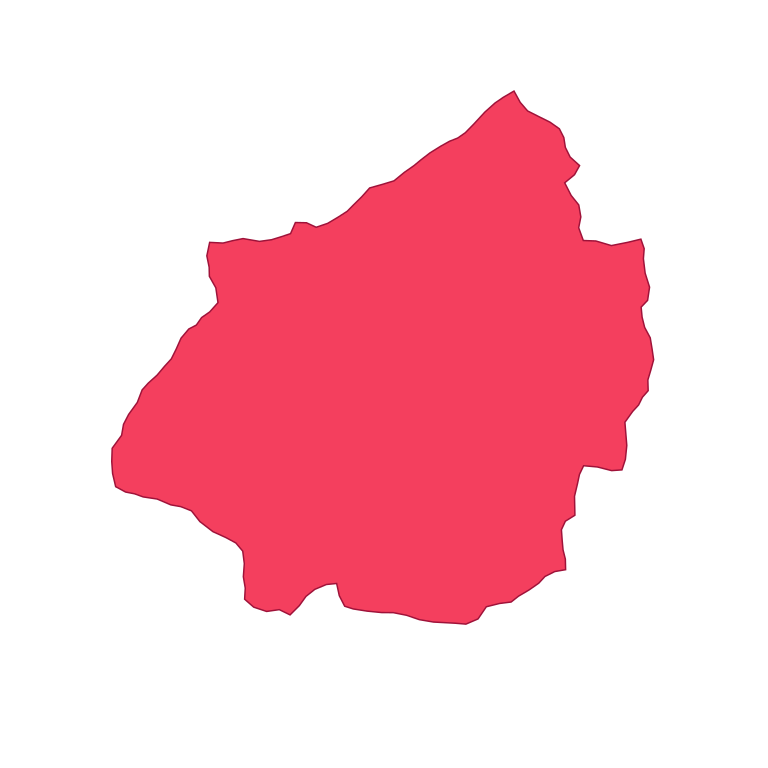 Pedralva, Minas Gerais, Brazil, rotated 346°
{"feature_id": "56859067B80700931197230", "entity_name": "Pedralva", "entity_type": "district", "adm_level": 2, "iso_a3": "BRA", "parent_name": "Brazil", "parent_adm1": "Minas Gerais", "projection": "mercator", "projection_center": [-45.453, -22.248], "detail": "fine", "context": "isolated", "style": "filled", "palette": "rose", "viewbox_px": 768, "rotation_deg": 346, "n_neighbors": 0, "source": "geoboundaries", "source_scale": "gbopen_adm2", "svg_char_len": 2053}
<svg xmlns="http://www.w3.org/2000/svg" viewBox="0 0 768 768"><g transform="rotate(346 384 384)"><path d="M249.1,204.4L243.1,216.8L242.6,228.4L240.6,237.3L244.1,250.0L242.6,264.9L232.3,271.9L223.1,275.4L216.2,281.4L207.9,283.4L198.2,290.4L190.7,300.0L183.7,308.2L175.4,313.7L166.0,320.5L155.5,326.1L147.9,331.2L140.2,342.2L128.9,351.7L121.5,360.1L117.0,370.3L104.7,380.6L101.1,393.3L99.0,405.2L98.8,418.7L107.1,426.3L115.4,430.2L123.0,435.3L136.0,440.7L147.9,449.7L157.1,453.8L166.5,460.5L172.1,473.0L182.3,485.9L193.5,494.8L201.8,502.4L206.5,512.0L205.0,524.5L200.9,537.0L200.0,548.5L196.7,559.1L203.6,569.0L215.1,576.3L227.8,577.6L237.0,585.3L248.2,578.6L256.9,571.2L267.2,566.5L279.6,564.6L289.8,566.1L289.4,578.6L292.1,590.1L299.7,594.8L312.7,600.3L326.4,605.2L337.7,608.1L349.8,613.8L361.3,621.2L374.3,626.9L385.0,630.2L395.1,633.3L405.4,636.8L418.4,634.7L429.4,624.9L443.0,624.9L454.6,626.3L463.2,622.4L475.0,618.9L486.0,614.7L493.6,609.7L504.3,607.3L515.3,608.1L517.6,597.8L517.6,588.2L519.1,578.6L520.9,568.3L526.8,561.0L537.5,557.5L541.7,539.0L547.6,527.6L551.8,519.0L557.9,511.6L570.9,516.1L583.9,523.1L594.1,524.9L600.0,515.5L604.7,502.4L608.5,479.4L618.6,470.8L626.0,465.9L631.6,459.3L638.7,454.4L641.0,443.9L646.1,435.3L651.5,425.7L652.6,414.8L653.5,403.6L650.6,392.1L650.6,381.6L652.1,371.6L660.0,366.6L665.1,354.3L664.2,339.6L666.0,325.2L669.2,315.6L668.3,305.6L654.8,305.5L638.1,304.7L624.2,296.5L612.1,293.0L610.7,279.5L615.4,269.5L616.3,257.4L611.2,246.3L608.0,232.5L619.5,227.0L626.6,219.4L619.5,208.8L617.2,198.3L618.1,188.4L615.9,178.8L608.5,170.2L598.2,161.4L589.4,153.8L584.3,143.7L581.0,131.2L569.1,134.7L559.7,138.2L547.6,144.6L534.2,153.4L523.6,159.9L514.9,163.2L506.4,164.3L496.8,166.9L484.7,170.8L474.4,175.3L465.8,179.4L455.1,183.5L442.8,189.3L430.9,189.9L417.5,190.3L407.8,196.9L397.8,202.8L390.1,207.5L379.8,211.0L368.2,214.5L356.1,215.5L347.8,208.8L337.1,205.9L329.7,215.5L319.0,216.3L309.8,216.8L297.7,215.5L282.4,208.8L271.9,208.3L261.9,208.3L249.1,204.4Z" fill="#f43f5e" stroke="#9f1239" stroke-width="1.5"/></g></svg>